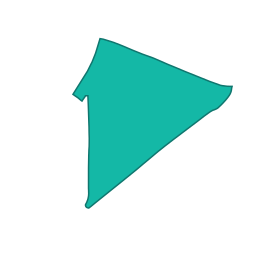 Zawiyya Al-Hamra, Al Qahirah, Egypt (Mercator projection), rotated 31°
{"feature_id": "37247803B37865224267935", "entity_name": "Zawiyya Al-Hamra", "entity_type": "district", "adm_level": 2, "iso_a3": "EGY", "parent_name": "Egypt", "parent_adm1": "Al Qahirah", "projection": "mercator", "projection_center": [31.271, 30.098], "detail": "fine", "context": "isolated", "style": "filled", "palette": "teal", "viewbox_px": 256, "rotation_deg": 31, "n_neighbors": 0, "source": "geoboundaries", "source_scale": "gbopen_adm2", "svg_char_len": 1893}
<svg xmlns="http://www.w3.org/2000/svg" viewBox="0 0 256 256"><g transform="rotate(31 128 128)"><path d="M63.5,127.5L66.1,127.7L69.5,127.9L73.3,128.5L74.0,128.6L74.7,128.6L74.7,127.3L75.0,123.6L75.0,123.2L75.0,122.9L75.0,122.6L74.9,122.3L77.0,121.0L77.2,121.3L77.4,121.6L81.9,128.4L94.0,147.1L97.1,152.1L100.1,156.8L102.4,160.7L104.2,163.8L105.8,166.9L107.6,170.1L108.4,171.6L108.5,171.8L108.7,172.1L114.7,182.5L125.2,200.0L127.0,202.7L127.1,203.0L127.4,203.4L127.6,203.7L127.9,204.1L128.1,204.4L128.2,204.8L128.4,205.1L128.6,205.4L128.8,205.8L129.0,206.2L129.1,206.5L129.3,206.9L129.4,207.2L129.6,207.6L129.7,208.0L129.8,208.3L130.0,208.7L130.1,209.1L130.2,209.5L130.3,209.8L130.4,210.2L130.5,210.6L130.6,211.0L130.6,211.4L130.7,211.8L130.8,212.1L130.8,212.5L130.9,212.9L130.9,213.3L131.0,213.7L131.0,214.1L131.0,214.5L131.0,214.9L131.1,215.3L131.1,215.7L131.2,215.9L131.4,216.1L131.5,216.3L131.7,216.5L131.9,216.7L132.1,216.8L132.3,217.0L132.6,217.1L132.8,217.2L133.1,217.3L133.3,217.3L133.6,217.3L133.9,217.3L134.1,217.3L134.5,217.2L134.8,217.1L135.0,217.0L135.2,216.9L135.6,216.8L136.5,214.6L138.6,208.7L152.3,171.4L156.9,158.7L159.3,151.6L162.3,143.0L166.1,131.9L166.3,131.5L166.5,131.0L168.7,125.0L172.8,114.5L176.1,106.3L179.1,98.8L183.1,88.9L184.0,86.7L187.1,78.7L189.0,74.2L190.2,71.5L191.5,69.2L192.7,67.8L193.9,66.1L194.7,64.6L195.4,62.2L195.5,61.7L195.7,61.2L196.5,57.9L197.3,53.9L197.8,50.4L198.0,47.8L198.0,46.3L197.8,44.7L197.4,43.0L196.5,40.8L196.3,40.4L196.1,39.9L195.9,38.9L195.8,38.7L193.4,40.1L191.4,41.2L187.1,43.1L185.2,43.8L174.1,46.0L160.9,48.1L148.5,50.1L143.7,50.8L135.4,52.0L129.7,52.9L113.7,55.0L102.6,57.2L92.7,58.8L86.4,59.7L84.0,60.0L80.1,60.6L75.6,61.3L74.3,61.6L72.3,61.9L69.2,62.6L61.1,64.6L58.0,65.8L58.1,66.2L61.7,80.6L63.3,90.4L63.3,91.0L63.3,91.5L64.0,100.1L63.5,126.4L63.5,127.0L63.5,127.5Z" fill="#14b8a6" stroke="#0f766e" stroke-width="1.5"/></g></svg>